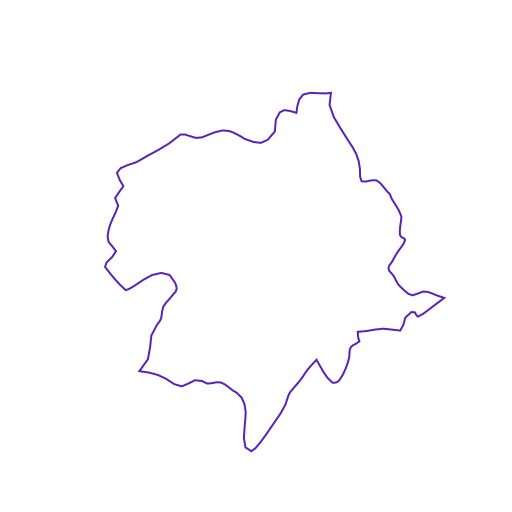 SVG path tracing the border of Morelos, rotated 49°
{"feature_id": "MEX-2732", "entity_name": "Morelos", "entity_type": "State", "adm_level": 1, "iso_a3": "MEX", "parent_name": "Mexico", "parent_adm1": "", "projection": "robinson", "projection_center": [-99.0, 18.746], "detail": "fine", "context": "isolated", "style": "outline", "palette": "violet", "viewbox_px": 512, "rotation_deg": 49, "n_neighbors": 0, "source": "natural_earth", "source_scale": "10m", "svg_char_len": 3199}
<svg xmlns="http://www.w3.org/2000/svg" viewBox="0 0 512 512"><g transform="rotate(49 256 256)"><path d="M411.1,141.4L410.7,148.0L410.2,154.5L409.8,161.1L409.3,167.7L408.0,173.5L405.7,173.8L402.9,173.0L400.3,175.4L400.4,183.6L404.8,190.3L406.9,196.1L400.6,201.8L394.3,207.7L389.5,214.6L385.1,221.9L380.0,228.9L381.9,230.4L383.9,231.9L386.1,233.1L388.3,234.0L388.2,235.0L388.0,236.1L387.9,237.1L387.8,238.2L387.0,241.1L387.0,243.8L387.8,246.1L389.5,248.1L390.6,249.1L391.6,250.1L392.7,251.2L393.7,252.2L397.0,257.2L400.0,262.6L402.5,268.2L404.3,274.1L404.5,276.3L404.1,278.2L403.2,279.9L401.8,281.4L395.0,282.0L388.0,281.2L380.8,279.8L374.0,278.4L374.4,282.5L374.9,286.7L375.5,290.8L376.4,294.9L378.1,301.0L379.3,307.2L380.2,313.5L381.2,319.8L381.6,320.8L382.0,321.8L382.4,322.8L382.9,323.7L387.5,331.3L390.9,340.7L393.5,350.6L395.8,359.6L397.4,365.7L399.4,374.4L400.7,382.6L400.3,387.6L393.5,389.5L385.6,384.7L377.9,377.1L371.7,370.7L366.6,365.8L360.3,361.9L353.5,359.8L346.9,360.2L342.3,361.7L337.2,362.7L332.3,363.8L328.1,365.7L325.1,369.1L322.9,373.0L320.3,376.5L316.1,378.3L315.8,378.4L315.6,378.5L315.3,378.5L315.1,378.6L309.7,383.6L307.9,390.7L305.7,397.5L299.0,401.8L289.5,404.5L281.6,408.0L274.2,412.9L266.4,419.6L263.0,405.3L255.4,395.8L247.4,387.2L242.9,375.7L242.1,371.6L240.7,368.4L238.6,365.8L236.1,363.1L233.4,359.1L232.2,354.4L231.6,349.3L230.7,344.1L230.2,339.9L228.7,337.4L226.3,335.8L223.1,334.6L213.6,333.7L206.7,338.5L202.2,346.9L200.0,356.9L199.4,362.1L198.7,367.5L197.8,372.6L196.4,376.7L188.6,377.5L180.8,377.7L173.1,377.5L165.2,377.1L162.9,373.2L162.4,365.2L160.5,358.5L153.8,358.1L148.6,358.0L144.1,355.3L140.2,350.9L137.0,346.1L134.5,341.2L132.2,336.1L129.9,331.2L127.6,327.0L119.8,324.3L117.9,317.1L116.3,310.3L109.4,309.0L102.0,306.4L100.9,300.6L103.2,293.2L106.3,285.8L106.4,285.4L106.5,285.1L106.6,284.7L106.8,284.4L109.2,272.2L111.9,260.0L114.0,247.9L114.7,236.1L114.7,235.4L114.7,234.8L114.6,234.2L114.6,233.6L117.8,229.8L122.5,227.0L127.4,223.9L131.0,219.0L133.3,212.3L135.9,205.3L139.3,198.9L144.0,194.3L147.8,192.2L151.8,190.5L155.9,189.0L160.0,187.8L168.3,183.1L173.8,178.1L176.0,171.0L174.4,160.1L172.3,157.9L170.2,155.8L168.1,153.6L166.0,151.4L163.2,143.7L164.5,138.9L168.7,135.3L174.4,131.6L169.9,126.3L166.2,120.6L165.1,114.5L168.5,108.0L172.1,104.2L175.7,100.4L179.2,96.5L182.0,92.4L190.3,101.4L202.1,106.1L214.8,108.4L226.4,110.2L229.1,110.6L231.8,111.0L234.5,111.4L237.3,111.7L244.7,113.4L251.8,116.3L258.4,120.4L264.6,125.5L268.9,127.3L272.0,124.1L274.7,119.1L277.9,115.5L282.3,114.4L287.4,114.4L292.5,114.7L297.2,114.4L302.0,116.1L308.0,117.0L314.2,118.0L320.0,119.8L320.7,120.1L321.3,120.4L322.0,120.7L322.5,121.2L325.4,124.4L328.3,127.8L331.4,131.0L334.6,133.6L337.2,133.9L339.6,132.8L341.6,132.8L343.4,136.2L343.8,137.4L344.1,138.7L344.4,139.9L344.7,141.2L345.5,144.8L346.5,148.4L347.7,151.9L349.0,155.4L349.2,156.1L349.4,156.8L349.7,157.6L349.9,158.3L350.7,161.8L352.2,164.1L354.5,165.2L357.6,165.1L362.0,165.3L366.0,166.3L370.0,167.2L374.2,167.2L379.7,166.6L384.6,165.8L388.4,163.6L390.5,158.6L392.4,153.3L395.8,149.9L400.3,147.4L405.3,144.9L406.7,144.0L408.2,143.1L409.7,142.3L411.1,141.4Z" fill="none" stroke="#5b21b6" stroke-width="2"/></g></svg>